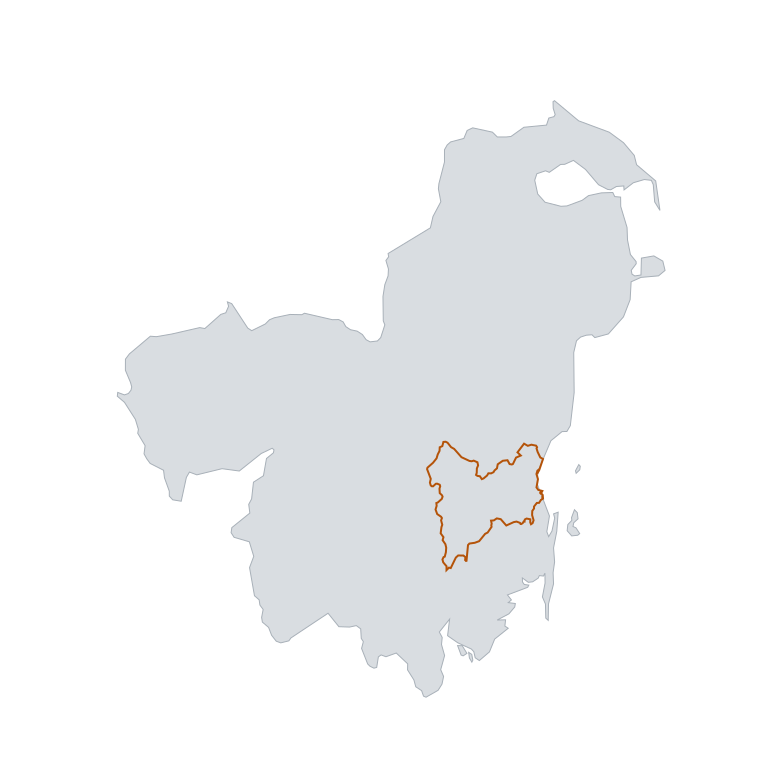 Venezuela, with Anzoátegui highlighted, rotated 98°
{"feature_id": "VEN-40", "entity_name": "Anzoátegui", "entity_type": "State", "adm_level": 1, "iso_a3": "VEN", "parent_name": "Venezuela", "parent_adm1": "", "projection": "orthographic", "projection_center": [-64.438, 8.961], "detail": "medium", "context": "in_parent", "style": "outline", "palette": "amber", "viewbox_px": 768, "rotation_deg": 98, "n_neighbors": 0, "source": "natural_earth", "source_scale": "10m", "svg_char_len": 5624}
<svg xmlns="http://www.w3.org/2000/svg" viewBox="0 0 768 768"><g transform="rotate(98 384 384)"><path d="M679.8,287.8L688.3,298.8L687.6,301.4L682.4,304.1L679.4,310.4L672.9,313.2L663.8,320.9L657.8,321.6L648.7,334.4L653.8,344.1L652.7,349.2L655.0,351.6L665.7,351.8L666.8,354.4L665.5,358.5L663.5,361.2L649.0,369.4L642.0,368.6L639.1,371.1L629.7,373.0L627.1,377.8L629.5,384.3L630.6,394.9L618.8,407.5L648.4,440.8L651.6,442.5L654.7,450.2L653.7,454.9L648.5,460.3L641.1,464.4L636.7,471.3L632.2,472.7L624.1,472.3L620.2,476.1L615.1,477.6L611.7,482.8L584.5,491.6L572.8,489.0L559.0,495.4L556.7,511.1L552.5,514.7L547.4,514.7L530.5,498.9L522.0,501.2L516.2,499.1L499.4,499.6L491.6,490.6L474.1,490.0L467.5,483.9L464.5,483.8L463.2,485.8L469.9,495.9L490.3,515.2L490.4,532.6L500.0,556.7L498.3,564.4L503.9,566.7L528.3,568.5L528.1,577.1L524.9,581.0L520.0,581.7L507.5,588.3L500.1,590.3L495.2,604.5L491.1,608.5L486.6,611.9L478.3,612.0L467.1,621.0L463.1,620.9L453.6,625.3L438.3,638.4L433.2,646.4L429.4,646.5L430.9,639.5L429.0,635.8L425.4,633.7L422.0,633.4L417.8,635.2L406.4,642.0L395.4,643.5L389.6,640.3L369.2,622.0L368.8,615.9L364.1,601.3L353.8,574.3L354.0,569.1L337.8,555.3L335.5,550.6L328.7,548.7L324.5,550.5L325.6,546.0L347.6,526.7L349.6,522.4L341.1,509.9L336.3,506.3L333.7,501.9L328.2,486.7L326.8,475.0L325.0,472.6L327.5,444.1L326.5,437.8L328.2,433.1L332.5,429.8L334.9,424.8L335.4,417.9L338.0,412.3L342.6,407.9L344.2,403.6L342.3,396.5L338.5,393.7L325.3,391.4L321.6,393.5L297.5,397.2L285.5,397.0L276.4,395.0L269.5,395.6L261.4,399.3L257.4,397.1L254.2,398.1L222.9,359.8L211.3,358.8L195.6,353.1L183.1,357.3L177.9,357.5L155.8,355.0L143.6,356.7L138.5,354.7L135.0,351.7L129.7,339.1L121.3,336.9L118.0,331.8L119.5,311.7L123.6,306.2L122.3,297.1L121.2,292.7L110.3,281.2L105.0,259.1L97.7,257.8L95.6,252.9L93.4,252.0L87.4,254.8L80.9,255.9L79.7,254.6L96.3,227.9L103.3,196.0L111.7,180.4L122.8,168.0L131.7,164.4L145.1,143.2L173.7,134.9L166.0,141.3L149.1,145.1L145.1,147.6L145.3,154.7L150.0,165.1L158.4,173.3L154.5,174.1L156.1,181.4L160.1,186.5L160.2,189.6L156.8,199.3L143.5,214.3L136.2,227.5L141.3,235.6L142.0,239.7L151.4,249.8L150.4,253.7L154.5,261.9L161.2,263.1L174.5,258.2L181.6,249.8L183.4,233.5L182.2,227.6L174.5,213.3L169.0,207.7L164.5,195.4L162.5,184.1L166.3,181.6L166.0,175.7L175.2,174.3L195.2,165.1L207.5,162.9L221.5,158.0L227.7,151.4L229.8,151.0L237.0,155.0L240.7,153.7L242.1,150.7L240.3,144.7L223.5,146.6L219.6,134.6L223.5,125.0L232.4,121.5L238.7,127.2L242.7,144.5L248.4,153.5L266.2,152.0L284.2,156.2L303.2,168.8L308.7,181.7L306.3,184.9L307.5,190.4L310.2,195.9L314.4,199.4L326.4,200.5L366.0,194.5L399.3,193.7L405.6,196.3L406.3,201.0L416.9,210.8L449.4,219.5L461.9,218.2L491.7,201.8L507.6,202.2L512.2,199.7L506.3,197.2L493.0,196.3L489.0,198.0L486.7,193.7L505.8,192.4L522.7,193.3L536.4,190.3L547.3,190.3L558.3,188.3L578.9,190.5L595.2,188.5L593.3,191.2L579.4,193.5L572.8,197.5L558.7,196.8L548.9,198.3L552.0,199.4L552.1,203.5L554.8,204.3L559.2,209.3L560.3,213.5L556.8,220.0L560.8,219.3L563.0,217.2L563.0,212.6L565.3,213.4L575.7,232.4L580.1,227.8L583.2,230.5L583.1,223.4L586.6,223.5L594.2,228.3L602.0,239.1L600.6,230.8L606.9,230.6L608.6,227.0L621.2,238.9L634.6,242.3L644.6,251.1L642.4,255.6L636.6,257.8L634.3,260.6L630.0,274.9L624.4,286.0L607.7,286.3L621.9,294.7L626.9,291.1L634.0,290.8L644.5,286.2L659.0,288.1L665.3,284.3L673.1,284.8L679.8,287.8ZM506.8,171.1L508.3,177.0L503.8,182.2L497.6,182.4L492.9,179.0L490.3,179.7L482.0,177.9L484.5,174.7L490.5,173.1L495.0,176.8L498.8,177.0L499.7,173.9L504.9,169.4L506.8,171.1ZM641.7,269.9L632.8,274.7L632.3,270.1L639.2,264.4L642.2,267.8L641.7,269.9ZM445.7,181.3L443.3,182.3L436.7,179.9L438.1,178.2L441.7,178.2L445.7,181.3ZM643.4,261.3L638.0,262.8L639.5,259.5L645.1,257.6L647.2,258.3L643.4,261.3Z" fill="#d9dde1" stroke="#a8b0b8" stroke-width="1"/><path d="M436.1,216.1L447.6,218.3L451.6,219.8L447.3,218.9L448.5,220.0L451.9,220.5L456.8,218.3L465.2,218.6L467.4,216.5L467.9,212.3L469.8,213.0L468.8,213.6L470.1,214.2L470.6,213.7L470.1,213.3L471.8,211.4L474.4,210.8L474.1,211.4L476.0,211.2L477.0,212.5L480.1,213.9L480.5,216.1L484.5,218.4L486.4,218.1L489.0,219.5L493.2,219.1L498.1,216.9L501.1,217.5L502.4,218.9L500.7,219.9L497.6,220.3L497.4,224.1L498.6,225.7L500.7,225.7L500.6,226.5L502.5,227.3L503.6,228.7L503.6,229.3L502.6,230.0L501.8,233.6L502.7,236.3L507.1,243.2L501.6,249.6L501.4,253.6L503.8,256.3L504.4,259.0L507.4,257.9L508.9,258.1L510.5,257.6L516.7,260.7L518.3,263.0L526.4,267.9L528.6,272.0L530.1,277.2L531.8,278.4L547.6,277.7L547.8,278.2L547.0,279.2L544.2,279.2L542.8,281.5L543.5,286.7L545.9,288.7L557.0,292.3L556.8,294.1L559.6,296.2L555.8,296.7L552.4,300.5L549.6,301.7L547.1,300.9L546.5,299.8L542.0,299.3L537.5,299.6L534.1,300.9L530.5,304.2L527.4,303.8L524.0,307.1L517.7,307.2L515.3,306.7L511.1,308.5L508.7,308.0L507.5,309.0L505.4,313.2L501.1,315.5L497.3,314.9L494.6,315.6L493.8,314.2L489.8,310.8L487.4,310.3L486.1,311.1L484.3,313.6L479.9,314.5L477.4,314.1L476.0,314.8L475.3,317.5L475.6,318.8L478.5,321.2L478.6,322.5L477.9,323.6L475.3,324.8L471.4,324.5L462.3,329.5L460.8,329.3L455.2,324.5L450.3,321.6L446.3,321.0L442.5,319.7L438.9,320.0L437.4,317.6L433.1,317.1L432.6,314.9L433.3,312.9L437.2,308.8L438.5,305.5L445.7,297.1L448.3,288.6L448.3,286.4L447.4,284.5L448.5,280.6L451.5,279.5L454.7,280.3L459.1,279.8L461.2,280.2L462.0,278.7L462.0,276.2L464.6,273.9L463.7,272.3L460.3,269.2L457.9,268.2L457.6,265.5L456.1,263.3L454.2,262.5L451.8,260.4L447.7,260.2L443.5,255.7L442.3,251.1L445.8,248.5L445.9,246.2L445.3,245.2L438.5,243.0L435.8,238.6L433.1,242.3L423.6,237.0L425.2,233.0L423.6,229.6L423.9,224.8L425.3,223.6L426.5,224.0L429.9,222.4L435.0,219.0L436.1,216.1Z" fill="none" stroke="#b45309" stroke-width="2"/></g></svg>